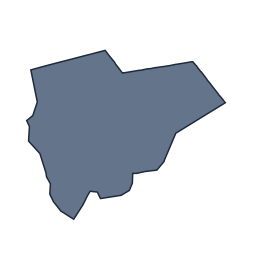 Mamdi, Lac, Chad (Equal Earth projection), rotated 170°
{"feature_id": "50815135B65244945482941", "entity_name": "Mamdi", "entity_type": "district", "adm_level": 2, "iso_a3": "TCD", "parent_name": "Chad", "parent_adm1": "Lac", "projection": "equal_earth", "projection_center": [14.379, 13.291], "detail": "fine", "context": "isolated", "style": "filled", "palette": "slate", "viewbox_px": 256, "rotation_deg": 170, "n_neighbors": 0, "source": "geoboundaries", "source_scale": "gbopen_adm2", "svg_char_len": 1277}
<svg xmlns="http://www.w3.org/2000/svg" viewBox="0 0 256 256"><g transform="rotate(170 128 128)"><path d="M213.6,202.1L212.8,169.3L219.6,156.8L226.5,152.9L224.8,146.6L228.2,132.4L219.2,118.1L216.6,98.3L216.6,98.2L216.7,94.0L214.1,86.5L216.5,76.4L214.2,68.4L208.6,57.9L197.3,47.6L185.6,60.3L179.8,68.2L176.3,72.3L169.3,70.2L167.4,63.3L146.4,62.9L137.5,66.3L133.3,72.9L131.2,82.5L127.6,81.8L119.0,82.2L106.9,81.5L98.4,88.7L97.5,90.4L81.8,114.6L27.8,136.0L29.5,139.2L30.5,141.1L32.0,143.7L32.3,143.9L32.5,144.0L32.7,144.7L33.0,145.6L36.6,152.2L37.3,153.6L37.8,154.5L39.7,158.2L40.8,160.0L41.5,161.3L42.5,163.6L45.1,168.6L45.5,169.4L46.0,170.5L46.6,171.0L48.9,175.3L49.3,176.1L49.4,176.3L49.6,177.2L50.5,178.2L51.3,179.7L52.1,181.0L52.5,181.8L53.0,182.1L53.7,182.2L62.2,182.2L66.2,182.3L68.6,182.3L69.5,182.4L70.8,182.4L72.2,182.3L72.3,182.3L77.2,182.2L79.1,182.3L80.3,182.3L91.6,182.7L93.3,182.6L95.1,182.6L97.1,182.7L97.7,182.8L98.4,182.9L104.7,182.7L105.5,182.6L105.8,182.6L106.1,182.7L107.0,182.9L120.5,183.0L122.1,183.1L122.4,183.1L122.7,183.2L123.9,183.0L125.1,185.3L126.6,188.3L128.2,191.3L129.2,193.2L129.3,193.3L129.8,195.1L132.8,200.4L134.0,202.5L134.4,203.3L136.6,207.6L137.0,208.4L195.0,203.8L213.6,202.1Z" fill="#64748b" stroke="#1e293b" stroke-width="1.5"/></g></svg>